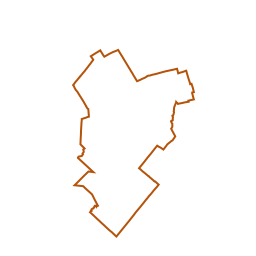 the district of Voiteg, Timis, Romania, rotated 143°
{"feature_id": "2599482B83976998300104", "entity_name": "Voiteg", "entity_type": "district", "adm_level": 2, "iso_a3": "ROU", "parent_name": "Romania", "parent_adm1": "Timis", "projection": "orthographic", "projection_center": [21.271, 45.473], "detail": "fine", "context": "isolated", "style": "outline", "palette": "amber", "viewbox_px": 256, "rotation_deg": 143, "n_neighbors": 0, "source": "geoboundaries", "source_scale": "gbopen_adm2", "svg_char_len": 5390}
<svg xmlns="http://www.w3.org/2000/svg" viewBox="0 0 256 256"><g transform="rotate(143 128 128)"><path d="M143.0,196.2L144.3,195.7L146.0,195.3L146.1,194.6L146.1,194.4L146.0,194.2L146.0,193.9L146.1,193.7L146.2,193.4L146.4,192.5L146.6,191.5L146.7,190.3L146.8,190.1L146.7,189.3L146.7,188.7L146.7,188.3L146.6,187.4L146.7,186.5L146.7,186.3L146.8,185.9L146.9,184.1L147.0,183.3L147.1,183.1L147.1,182.8L147.1,181.6L147.3,180.0L147.3,179.8L147.4,178.9L147.3,178.6L147.5,177.5L147.6,176.3L147.7,175.1L147.8,174.7L147.9,174.2L147.9,173.8L147.9,173.6L148.0,173.1L148.1,172.1L148.2,171.3L148.3,170.8L148.4,170.6L148.3,170.3L148.5,169.6L148.6,169.1L148.6,167.9L148.3,167.1L149.4,165.3L150.3,163.9L151.1,162.6L152.0,161.2L152.4,160.6L153.5,161.0L154.3,161.3L155.2,161.5L159.5,163.0L159.6,162.8L159.7,162.7L160.5,161.8L162.5,159.6L163.1,158.8L163.4,158.5L167.4,153.8L168.1,152.9L168.6,152.3L169.3,151.5L169.7,150.9L171.0,149.4L172.6,147.5L173.5,146.4L173.9,145.9L175.3,144.2L175.7,143.7L175.8,143.6L175.7,142.9L175.7,142.7L175.5,141.4L175.0,137.8L176.7,137.7L177.3,136.2L177.7,135.8L177.8,135.5L179.8,134.9L180.1,134.4L180.0,134.0L181.1,133.7L181.4,133.5L181.9,133.6L182.5,133.8L183.1,134.1L183.7,134.4L184.3,134.7L184.9,134.8L185.2,134.7L185.7,134.5L186.0,134.3L182.5,115.2L182.2,113.6L185.4,116.7L185.6,116.9L185.7,117.0L186.0,117.0L188.7,116.7L192.6,116.2L197.4,115.5L202.2,114.8L205.1,114.4L203.9,113.3L198.8,108.5L198.6,107.6L198.6,106.9L198.3,105.2L198.0,103.6L197.4,100.6L197.0,98.5L196.7,96.9L196.7,96.6L197.0,94.6L197.6,91.7L198.2,88.0L198.4,86.9L198.7,85.3L198.8,84.3L198.8,84.0L199.1,84.0L199.3,84.2L199.5,84.3L199.6,84.5L200.0,84.5L200.2,84.4L200.1,84.7L200.1,84.8L200.3,84.8L200.5,84.8L201.0,85.1L200.9,85.5L201.0,85.8L201.3,85.9L201.7,85.7L202.0,85.6L202.1,85.4L202.4,85.3L202.6,85.2L202.8,84.9L203.1,84.9L203.3,85.1L203.5,85.1L204.1,84.6L204.4,84.7L205.2,85.0L205.3,85.0L205.6,85.0L206.0,85.0L206.2,84.9L206.3,84.8L206.4,84.5L206.5,84.2L206.8,83.9L207.0,83.7L207.2,83.9L207.4,84.1L207.5,84.2L208.9,83.5L208.9,83.4L209.0,83.4L208.2,79.3L207.6,75.8L207.3,73.8L206.9,71.8L206.4,68.7L205.7,65.0L205.6,64.6L205.5,64.3L205.5,64.2L205.5,63.9L205.4,63.2L204.4,57.5L204.2,56.8L203.8,55.2L203.7,55.0L203.6,54.3L203.3,52.5L202.7,48.7L202.6,48.3L182.8,53.2L176.3,54.9L172.9,55.9L165.6,57.6L160.4,58.9L157.0,59.8L156.6,60.0L156.3,59.9L151.4,61.2L150.9,61.2L147.8,61.9L144.8,62.7L144.0,62.8L143.6,63.0L143.3,63.0L140.7,63.5L137.6,64.3L138.5,69.0L139.0,69.3L139.2,70.2L139.1,70.3L140.1,74.8L140.4,76.0L140.4,77.1L140.7,77.5L141.9,82.7L142.1,83.4L142.2,83.6L143.0,87.7L143.2,88.4L143.4,89.2L141.5,89.7L139.3,90.2L138.5,90.4L134.9,91.3L133.1,91.8L129.7,92.7L127.2,93.3L125.9,93.6L125.4,93.7L121.6,94.7L119.4,95.3L115.3,96.3L114.8,95.0L114.8,94.8L114.5,94.2L114.1,93.4L113.6,92.2L113.2,90.9L112.7,89.5L109.7,90.3L108.2,90.7L107.6,90.9L107.1,91.1L106.4,91.3L105.6,91.3L102.8,91.4L100.9,91.5L100.3,91.4L99.9,91.3L95.8,92.7L95.3,92.9L94.9,95.4L94.8,96.2L94.1,100.6L94.0,101.3L93.7,101.3L93.5,101.6L93.2,101.7L92.9,101.9L92.4,102.1L92.0,102.2L91.7,102.5L91.2,103.1L91.1,103.3L91.0,103.5L90.8,103.8L90.6,104.0L90.1,104.6L90.1,105.0L90.1,105.4L89.8,106.2L89.7,106.5L89.8,107.3L89.6,107.5L89.4,107.6L89.1,107.6L88.6,107.5L88.1,107.3L87.7,107.2L87.5,107.3L87.3,107.5L86.8,108.4L86.6,108.6L86.4,108.9L86.1,109.1L85.9,109.3L85.5,109.6L85.5,109.8L85.5,110.0L85.4,110.2L85.4,110.3L85.3,111.0L85.2,111.1L84.7,110.9L84.3,110.9L83.9,111.2L83.8,111.3L83.5,111.5L82.9,112.0L82.0,112.6L81.9,112.8L81.6,113.3L81.5,113.6L81.5,113.8L81.0,114.1L80.7,114.4L80.5,114.7L79.2,116.2L78.7,116.7L78.4,116.9L77.3,117.6L76.1,118.3L75.7,118.6L74.6,119.2L74.0,119.6L73.9,119.7L73.9,119.4L73.8,119.2L73.6,118.4L73.5,118.0L73.5,117.6L73.6,117.2L71.8,116.4L70.8,115.9L69.8,115.4L69.4,115.3L68.5,114.8L68.3,114.8L66.9,114.1L63.8,112.5L63.5,113.1L63.3,113.5L61.1,112.5L58.2,111.2L57.1,114.1L56.3,115.9L56.0,116.8L55.4,117.7L53.8,117.0L53.1,118.7L53.0,119.0L52.7,119.5L52.2,120.8L51.6,122.3L51.4,123.0L50.7,125.1L51.9,125.6L51.7,125.9L50.0,130.9L49.0,133.6L47.8,136.8L47.0,138.7L48.4,139.2L50.2,139.7L50.5,139.8L52.0,140.4L52.7,140.7L55.0,141.4L53.7,144.5L53.2,145.8L56.2,147.1L57.0,147.5L57.6,147.7L58.6,148.2L60.1,148.9L61.4,149.5L64.0,150.7L66.9,151.9L68.2,152.4L70.2,153.2L71.3,153.6L72.8,154.2L73.4,154.5L74.5,154.9L75.8,155.6L77.3,156.1L79.3,156.9L79.9,157.3L80.0,157.4L80.5,157.6L80.9,157.8L81.3,157.9L81.6,157.7L82.8,157.9L83.8,158.0L84.5,158.0L85.8,158.4L87.1,158.7L89.7,159.2L91.6,159.7L92.3,159.8L92.6,159.9L92.2,163.8L92.2,164.2L92.0,165.2L92.0,166.1L91.7,168.2L91.5,169.9L91.4,171.8L91.1,173.7L91.0,175.6L90.9,176.0L90.7,178.1L90.5,180.2L90.3,182.0L90.0,185.1L89.9,185.7L89.9,186.2L89.8,187.1L89.6,188.3L89.5,190.2L89.2,193.3L89.0,195.1L88.9,196.3L89.4,196.4L90.0,196.5L91.9,197.0L94.3,197.7L95.4,197.9L95.8,198.0L97.5,198.3L99.2,198.6L100.3,198.7L101.8,198.9L103.2,199.1L104.0,199.2L104.0,200.5L103.9,201.5L103.6,205.1L103.5,206.0L103.4,206.7L104.6,206.8L106.0,206.9L107.9,207.1L108.5,207.2L109.8,207.3L112.2,207.5L114.5,207.7L114.5,207.0L114.6,206.1L114.6,204.9L114.7,203.4L115.6,203.1L116.8,202.8L119.7,201.9L120.4,201.7L121.3,201.5L123.3,200.9L124.5,200.6L125.4,200.3L125.6,200.3L126.9,200.0L127.4,199.8L128.1,199.6L128.9,199.4L130.9,199.0L132.1,198.7L135.0,198.0L136.2,197.7L136.2,197.8L136.5,197.7L138.6,197.2L139.7,196.9L140.1,196.8L140.8,196.7L142.0,196.4L143.0,196.2Z" fill="none" stroke="#b45309" stroke-width="2"/></g></svg>